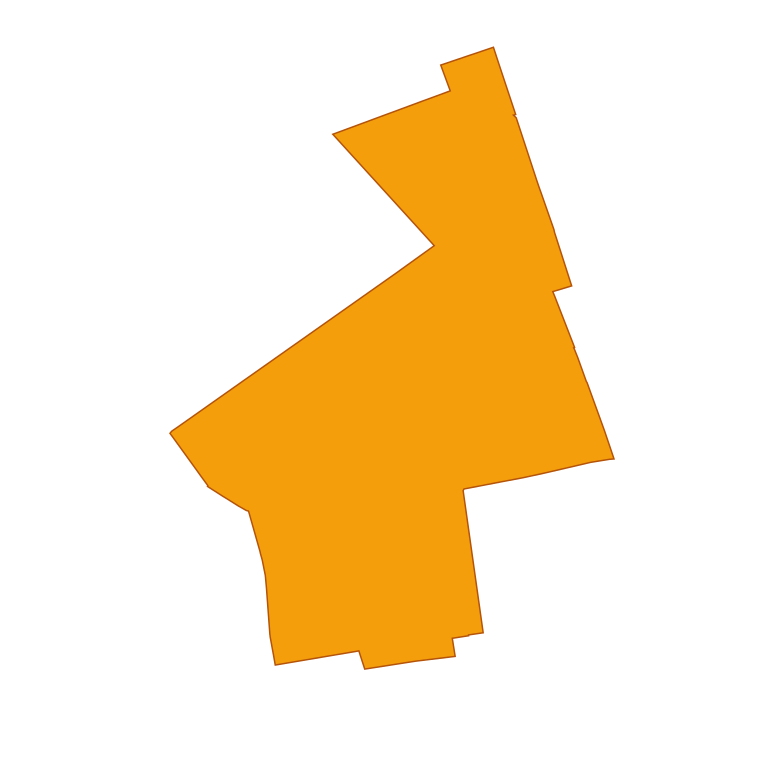 the district of Visina, Olt, Romania, rotated 160°
{"feature_id": "2599482B5784370948640", "entity_name": "Visina", "entity_type": "district", "adm_level": 2, "iso_a3": "ROU", "parent_name": "Romania", "parent_adm1": "Olt", "projection": "orthographic", "projection_center": [24.468, 43.858], "detail": "fine", "context": "isolated", "style": "filled", "palette": "amber", "viewbox_px": 768, "rotation_deg": 160, "n_neighbors": 0, "source": "geoboundaries", "source_scale": "gbopen_adm2", "svg_char_len": 1263}
<svg xmlns="http://www.w3.org/2000/svg" viewBox="0 0 768 768"><g transform="rotate(160 384 384)"><path d="M601.3,411.3L602.0,410.8L600.8,406.8L590.1,369.1L587.2,358.8L584.3,348.8L584.9,348.1L574.3,334.2L571.6,330.8L562.5,319.1L556.6,312.2L554.9,311.0L554.8,310.5L556.3,289.8L557.8,269.2L557.8,268.9L558.1,267.0L558.6,260.4L561.0,244.7L564.2,232.6L576.9,187.7L577.0,187.1L577.1,186.7L577.2,186.1L577.4,185.6L580.8,165.6L582.0,158.9L582.3,157.1L573.6,155.5L498.9,141.8L499.1,136.9L499.6,122.7L448.9,112.7L410.3,103.7L406.8,121.7L390.6,118.5L390.4,119.3L375.9,116.3L346.1,256.8L344.7,258.0L307.4,252.0L284.9,248.3L263.6,245.4L216.6,239.7L202.0,236.9L197.8,236.1L193.5,234.9L193.4,238.5L192.8,264.4L192.7,315.9L193.0,317.2L193.0,318.5L192.9,342.8L193.2,352.4L193.4,353.1L192.4,353.2L193.6,408.5L193.8,413.1L174.1,412.0L172.4,455.4L171.9,468.2L171.5,471.0L171.2,494.5L171.0,509.7L171.0,510.6L171.0,513.5L171.0,514.9L170.9,519.9L170.8,524.0L170.6,529.7L168.7,588.9L170.4,592.4L168.1,592.2L167.3,620.3L166.6,644.8L166.4,651.0L166.1,660.0L166.0,663.0L191.4,663.6L221.6,664.3L221.5,636.8L250.7,636.7L346.7,636.2L289.5,496.8L330.0,485.4L330.9,485.1L553.5,424.7L585.9,415.9L596.0,413.2L599.5,412.3L601.3,411.3Z" fill="#f59e0b" stroke="#b45309" stroke-width="1.5"/></g></svg>